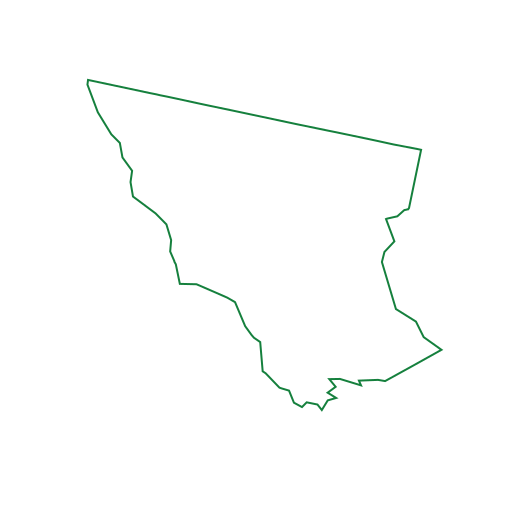 York, Pennsylvania, United States of America (Robinson projection), rotated 192°
{"feature_id": "52423323B25610501181533", "entity_name": "York", "entity_type": "district", "adm_level": 2, "iso_a3": "USA", "parent_name": "United States of America", "parent_adm1": "Pennsylvania", "projection": "robinson", "projection_center": [-76.736, 39.973], "detail": "fine", "context": "isolated", "style": "outline", "palette": "green", "viewbox_px": 512, "rotation_deg": 192, "n_neighbors": 0, "source": "geoboundaries", "source_scale": "gbopen_adm2", "svg_char_len": 1170}
<svg xmlns="http://www.w3.org/2000/svg" viewBox="0 0 512 512"><g transform="rotate(192 256 256)"><path d="M179.6,117.8L176.0,123.4L165.0,123.5L159.6,119.0L155.8,129.7L148.1,133.8L157.5,137.2L150.9,144.6L158.7,150.8L148.3,153.2L126.4,151.3L129.4,155.5L110.9,160.2L103.7,160.5L80.6,180.5L55.1,202.8L75.1,211.5L85.9,225.1L108.1,233.2L131.6,276.3L131.2,286.7L123.7,299.1L136.5,319.2L135.6,319.8L126.0,324.2L120.6,331.6L120.2,331.9L119.1,332.3L117.6,333.1L117.0,333.2L116.3,334.7L116.6,394.2L120.3,394.2L144.7,393.7L162.1,393.8L165.5,393.8L169.5,393.8L201.7,393.7L203.0,393.7L211.6,393.6L243.7,393.4L245.3,393.4L251.8,393.4L291.1,393.4L309.2,393.4L332.6,393.3L343.9,393.3L366.1,393.4L376.6,393.4L383.1,393.3L387.0,393.4L393.7,393.3L394.0,393.3L456.9,393.3L456.5,388.6L440.6,363.7L422.8,344.9L412.7,338.3L407.1,324.6L394.9,313.6L394.1,302.2L388.7,288.6L363.1,276.8L350.2,268.3L342.3,253.9L340.9,242.6L334.8,234.0L334.7,233.5L332.7,231.2L324.7,212.9L308.3,216.0L275.5,209.3L266.9,206.5L252.0,185.1L243.9,177.8L241.0,175.6L234.0,172.7L225.5,144.6L222.2,143.3L205.7,132.1L203.3,131.8L195.7,131.2L188.4,120.4L179.6,117.8Z" fill="none" stroke="#15803d" stroke-width="2"/></g></svg>